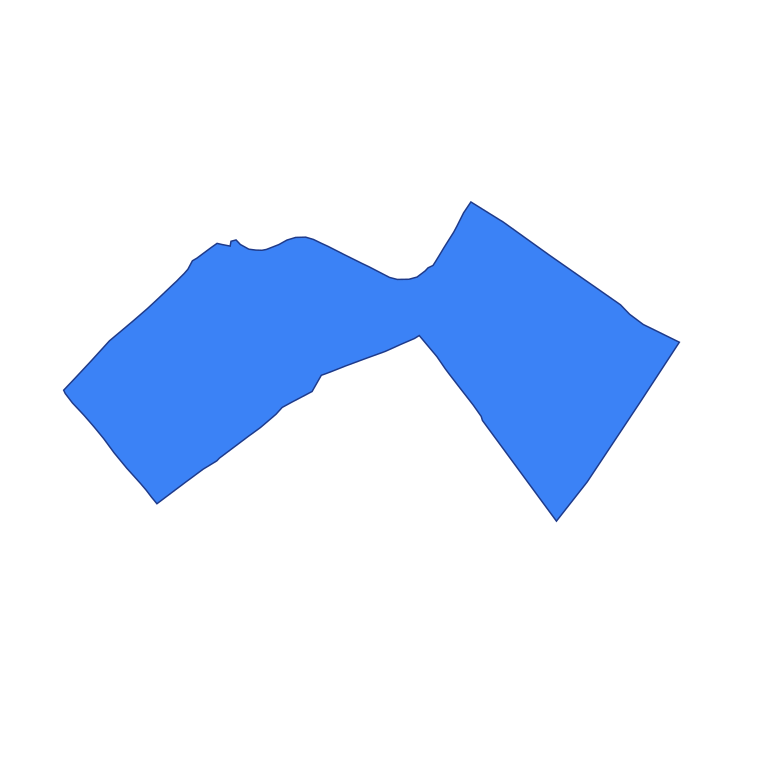 the district of Mean Chey, Phnom Penh, Cambodia, rotated 324°
{"feature_id": "14789045B35009780503232", "entity_name": "Mean Chey", "entity_type": "district", "adm_level": 2, "iso_a3": "KHM", "parent_name": "Cambodia", "parent_adm1": "Phnom Penh", "projection": "albers", "projection_center": [104.901, 11.516], "detail": "fine", "context": "isolated", "style": "filled", "palette": "blue", "viewbox_px": 768, "rotation_deg": 324, "n_neighbors": 0, "source": "geoboundaries", "source_scale": "gbopen_adm2", "svg_char_len": 1383}
<svg xmlns="http://www.w3.org/2000/svg" viewBox="0 0 768 768"><g transform="rotate(324 384 384)"><path d="M647.5,523.8L628.7,488.2L623.7,472.0L621.9,459.0L593.4,376.6L575.4,322.3L574.0,319.1L561.3,287.8L549.0,292.3L536.1,299.0L529.7,302.1L517.9,306.8L512.2,309.1L504.2,312.5L497.2,315.4L493.3,316.9L487.9,315.9L483.7,316.7L473.6,316.9L465.7,313.9L456.2,307.2L451.1,301.0L444.1,287.0L440.8,280.4L437.0,273.4L433.4,266.5L427.8,255.8L419.6,239.7L415.9,233.1L411.9,225.6L407.0,219.2L398.7,213.5L390.1,210.5L380.9,209.4L367.9,206.0L363.9,204.1L359.1,200.4L353.9,195.5L349.8,186.7L349.0,180.5L344.1,178.6L340.6,182.0L335.0,176.0L331.6,172.1L324.4,172.0L306.5,172.2L301.4,171.7L292.8,175.9L287.1,177.2L281.8,178.0L276.7,178.9L273.3,179.3L250.2,182.3L237.0,183.9L218.3,185.5L187.2,187.7L160.7,193.2L136.9,197.8L121.2,200.7L120.5,204.4L120.8,216.2L122.9,232.9L124.2,248.0L125.1,263.2L125.2,281.2L126.4,301.0L128.5,321.0L129.2,330.1L129.4,339.0L129.9,347.4L165.8,346.8L187.6,346.6L203.6,347.9L207.4,347.2L207.6,347.2L243.7,346.6L258.4,346.6L278.8,345.0L287.8,343.1L298.7,344.5L321.4,347.8L338.4,340.1L342.5,341.3L350.2,343.4L363.5,346.8L383.8,352.5L404.3,358.4L420.8,361.8L435.4,365.1L441.0,365.5L442.9,393.0L442.5,407.6L442.6,414.7L443.0,428.9L443.8,453.5L443.6,467.3L442.2,471.4L442.9,596.3L490.7,582.7L579.1,549.8L647.5,523.8Z" fill="#3b82f6" stroke="#1e3a8a" stroke-width="1.5"/></g></svg>